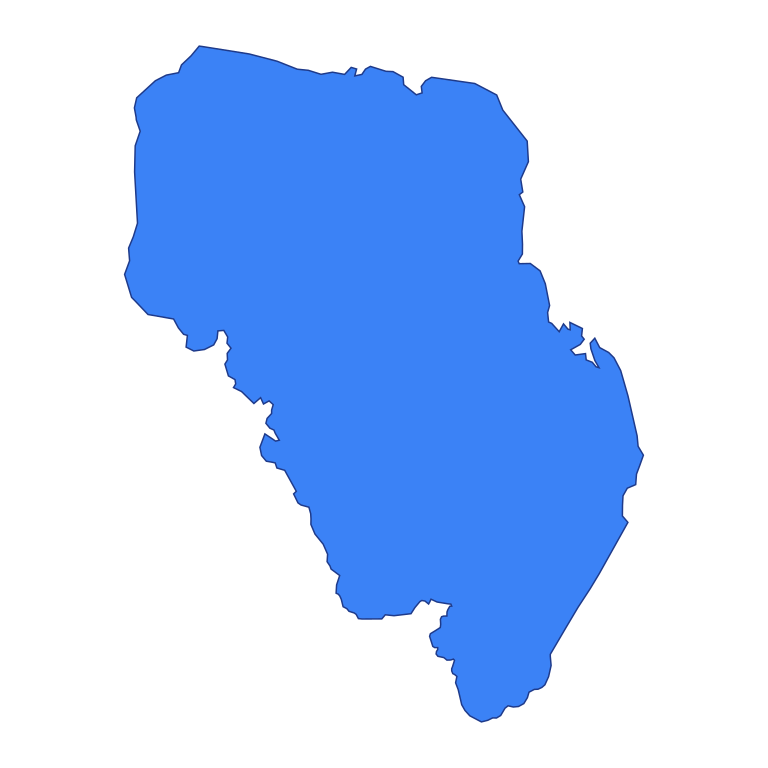 Wonei, Chuuk, Federated States of Micronesia (Natural Earth projection)
{"feature_id": "79324940B79401034886578", "entity_name": "Wonei", "entity_type": "district", "adm_level": 2, "iso_a3": "FSM", "parent_name": "Federated States of Micronesia", "parent_adm1": "Chuuk", "projection": "natural_earth1", "projection_center": [151.604, 7.383], "detail": "fine", "context": "isolated", "style": "filled", "palette": "blue", "viewbox_px": 768, "rotation_deg": 0, "n_neighbors": 0, "source": "geoboundaries", "source_scale": "gbopen_adm2", "svg_char_len": 3112}
<svg xmlns="http://www.w3.org/2000/svg" viewBox="0 0 768 768"><path d="M550.3,654.3L566.2,627.2L578.1,607.2L590.3,588.5L599.1,573.9L627.9,522.4L624.0,517.8L622.4,516.0L622.5,505.3L623.0,495.8L627.3,488.2L635.7,484.6L636.5,474.1L639.8,465.3L643.4,455.2L638.1,446.3L637.1,435.8L628.0,396.0L620.7,370.6L614.0,357.8L608.7,352.5L599.7,347.6L594.8,338.2L590.2,343.2L590.9,348.8L594.9,360.6L599.0,367.7L596.0,366.8L592.3,362.3L586.2,359.9L585.5,353.6L575.2,355.0L570.7,349.8L580.3,344.4L584.2,339.2L581.6,336.0L582.4,328.5L569.9,322.4L570.2,329.8L568.0,329.2L563.5,323.9L559.2,331.7L551.7,323.4L548.6,322.0L547.6,312.5L549.6,305.5L545.3,283.7L540.1,270.9L530.3,263.5L519.2,263.7L518.1,261.1L522.4,254.0L522.5,244.2L521.9,231.2L524.6,206.7L519.3,194.7L522.8,192.0L520.7,179.1L528.4,161.7L527.2,141.1L502.8,110.1L496.7,95.0L474.8,83.5L431.6,77.3L425.6,80.7L421.3,86.4L422.1,92.9L416.3,94.8L403.7,84.7L403.1,77.2L393.0,71.6L386.0,71.3L370.4,66.4L365.5,69.1L361.9,74.4L354.8,75.9L356.6,69.0L351.2,67.4L344.6,74.4L332.5,72.2L321.0,74.3L308.3,70.3L297.3,69.2L277.0,61.2L249.4,54.0L202.2,46.5L199.2,46.1L191.1,55.8L181.5,64.9L178.6,72.7L166.3,75.1L155.4,80.7L136.7,97.8L134.4,107.9L136.1,117.2L136.3,119.9L140.2,131.2L135.2,145.8L134.6,171.9L137.5,223.2L133.3,236.8L128.6,248.1L129.6,260.8L124.6,274.4L131.6,297.4L134.2,300.0L148.0,314.5L173.6,319.0L178.4,327.9L183.6,334.3L187.4,335.4L186.1,347.1L193.8,351.0L204.5,349.5L213.7,344.9L217.1,338.7L217.9,330.9L223.8,330.4L227.7,337.0L227.0,343.2L231.0,348.2L227.2,353.4L227.5,359.9L224.9,364.1L228.4,375.9L235.0,379.6L235.7,383.9L233.5,387.6L241.5,391.5L253.9,403.5L260.6,397.7L263.5,404.0L269.1,400.9L273.2,404.6L271.6,410.1L271.6,413.5L267.1,418.4L265.9,423.3L269.9,428.2L273.9,430.0L275.3,433.4L279.3,440.2L275.6,441.1L264.9,433.9L259.9,447.3L261.6,455.6L266.3,461.2L271.5,462.1L275.2,462.9L276.9,468.0L284.7,470.3L296.3,491.3L293.6,493.9L298.0,502.9L301.0,505.0L308.9,507.2L310.7,513.7L311.0,518.9L310.9,524.4L315.0,534.1L323.2,544.2L327.6,554.2L327.1,561.7L330.0,566.0L331.1,569.1L339.7,575.5L336.6,584.9L336.1,593.2L338.3,594.2L339.8,596.0L341.3,599.4L343.1,606.7L346.8,608.6L349.0,611.3L354.3,613.0L356.2,614.4L358.4,618.6L362.1,619.0L381.8,618.9L385.3,614.8L394.0,615.7L411.0,613.7L414.9,607.6L419.9,601.6L421.8,600.5L424.9,601.0L427.5,603.1L428.6,604.0L429.8,601.8L431.0,599.2L437.0,602.0L447.9,603.8L450.9,604.1L451.7,606.1L449.8,606.3L447.8,609.8L447.0,612.0L446.9,616.0L443.5,616.1L441.6,616.7L440.4,619.3L440.7,624.4L440.3,627.5L435.0,630.9L430.4,633.7L429.6,636.3L432.8,646.4L434.7,647.6L437.7,647.6L437.7,649.6L436.5,651.4L436.1,654.0L437.9,656.3L443.9,657.6L446.9,660.1L450.7,660.0L453.4,659.1L454.5,660.3L453.7,662.9L452.5,666.7L451.7,668.7L451.7,670.9L452.8,673.6L454.6,674.5L456.9,676.4L455.6,682.8L458.2,689.6L460.3,698.6L461.7,704.7L465.0,710.5L469.8,715.8L481.4,721.9L487.8,720.3L492.7,717.9L496.5,718.0L500.7,715.5L505.0,708.2L508.1,705.8L513.3,707.0L518.5,706.5L523.8,703.6L527.4,697.7L529.0,692.2L534.3,689.4L538.1,689.2L541.9,687.4L544.9,684.8L548.6,676.6L551.1,665.5L550.3,656.4L550.3,654.3Z" fill="#3b82f6" stroke="#1e3a8a" stroke-width="1.5"/></svg>